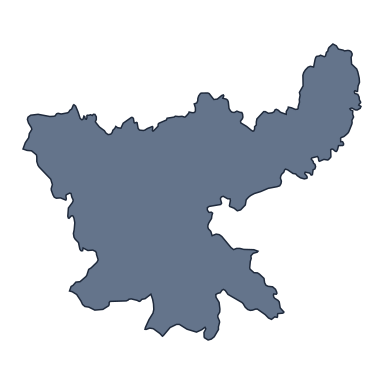 the State of Jharkhand
{"feature_id": "IND-3256", "entity_name": "Jharkhand", "entity_type": "State", "adm_level": 1, "iso_a3": "IND", "parent_name": "India", "parent_adm1": "", "projection": "natural_earth1", "projection_center": [85.779, 23.655], "detail": "fine", "context": "isolated", "style": "filled", "palette": "slate", "viewbox_px": 384, "rotation_deg": 0, "n_neighbors": 0, "source": "natural_earth", "source_scale": "10m", "svg_char_len": 5958}
<svg xmlns="http://www.w3.org/2000/svg" viewBox="0 0 384 384"><path d="M23.0,149.0L25.3,142.7L28.7,137.7L29.3,133.6L31.8,129.4L31.4,127.7L28.5,123.0L27.4,119.4L28.0,117.2L30.7,115.2L38.1,114.3L49.8,116.5L53.8,116.3L55.1,115.9L56.6,113.8L58.1,113.3L61.2,114.0L67.7,112.8L68.9,111.9L69.8,110.3L71.7,109.0L73.2,105.3L73.9,104.7L75.6,106.1L77.9,111.6L80.2,118.5L81.9,119.8L83.0,119.2L83.9,116.1L84.8,116.6L85.2,118.9L86.4,119.2L86.9,117.9L86.9,115.5L87.3,115.2L88.9,115.3L90.6,114.7L92.2,115.5L93.4,114.3L94.9,114.4L96.3,116.8L96.3,119.7L95.4,121.4L95.5,122.1L99.4,127.0L104.4,130.7L105.9,133.0L108.1,134.6L110.7,134.2L112.2,132.5L112.9,130.2L114.7,128.5L115.8,126.4L117.6,127.7L120.9,128.2L123.2,123.2L131.4,117.4L132.5,117.5L133.4,118.4L134.1,122.6L134.7,123.0L136.6,122.4L137.1,122.7L138.1,128.4L139.5,130.1L143.4,130.5L144.9,130.1L147.4,128.5L152.3,126.5L152.7,126.8L152.8,127.4L152.4,130.5L152.9,131.1L153.5,130.9L158.0,126.3L158.2,124.1L159.0,123.2L166.4,120.0L167.1,118.2L174.0,117.1L175.3,116.2L178.8,116.6L182.0,116.3L184.6,117.1L185.3,116.9L187.5,114.6L188.8,113.0L189.1,112.0L192.2,112.7L194.0,112.6L194.9,112.0L195.4,111.0L195.4,107.7L194.2,103.9L196.7,103.0L197.7,100.9L197.9,98.3L198.7,95.9L200.5,93.4L201.5,93.1L207.8,93.0L209.2,93.6L213.8,99.5L217.3,99.1L221.7,95.5L223.3,94.9L223.8,95.8L222.8,98.2L226.4,99.2L227.6,100.2L228.3,101.9L229.0,108.5L230.5,110.9L231.8,112.1L233.3,112.4L234.5,112.4L236.9,111.1L239.8,112.3L241.8,112.5L242.6,114.2L242.9,117.1L242.4,118.7L240.5,121.1L240.8,122.9L246.6,126.4L251.2,130.2L252.8,131.2L253.7,131.0L254.6,129.2L254.6,126.7L256.3,125.0L256.3,121.9L256.9,118.9L263.7,111.6L265.3,111.6L268.4,113.3L272.3,112.8L274.2,111.7L275.0,109.9L276.2,109.3L278.2,110.2L280.5,112.3L286.2,114.3L286.3,111.4L288.1,108.5L288.3,107.1L291.5,107.8L295.3,109.4L297.5,109.2L298.1,108.5L298.2,106.6L299.5,102.2L299.3,99.4L300.1,95.3L299.4,92.4L303.1,85.9L302.9,75.3L303.7,72.6L305.4,69.9L308.0,67.2L310.3,66.3L313.6,67.0L315.1,59.4L315.8,57.3L316.6,56.4L319.2,56.0L320.5,55.2L324.3,56.7L325.5,56.0L326.4,52.4L327.8,51.1L328.2,49.1L329.0,47.5L332.9,44.0L336.3,45.8L338.4,49.1L343.0,50.1L344.5,50.9L347.9,50.4L349.6,50.7L351.1,51.7L352.1,53.7L352.1,55.0L351.1,57.4L351.6,64.1L356.7,69.0L357.8,71.9L359.2,78.1L359.5,82.3L358.1,85.9L357.5,91.4L356.5,91.5L355.2,90.7L354.7,90.9L354.3,91.8L354.8,93.4L357.8,94.4L359.1,97.0L359.4,99.8L360.6,102.0L360.6,102.7L359.0,104.3L358.7,105.1L361.0,106.4L360.1,108.4L357.2,110.0L355.3,109.9L352.2,108.2L351.2,108.1L349.9,108.8L350.6,109.9L352.8,110.9L352.6,114.1L353.6,117.0L351.9,120.3L352.1,122.8L351.8,124.2L348.8,131.7L347.8,133.2L345.7,135.1L343.8,136.6L341.2,137.5L340.6,138.3L340.7,141.7L342.3,141.6L342.8,142.0L343.6,143.7L343.5,144.9L342.7,145.5L338.5,145.6L337.6,149.3L336.8,151.0L336.2,151.5L335.3,151.3L332.8,149.1L331.3,149.2L330.7,149.7L330.9,156.5L330.7,157.3L328.4,159.7L327.6,160.0L323.9,159.4L319.5,161.3L318.8,160.8L318.3,157.7L317.4,156.5L311.9,157.9L311.2,159.0L313.1,161.4L313.5,163.1L315.0,164.4L315.6,166.7L314.9,168.9L313.1,169.8L312.4,174.7L311.2,175.1L309.7,173.1L305.2,172.2L304.7,173.2L304.9,173.9L306.6,175.8L307.2,177.1L306.9,178.3L304.3,178.9L300.4,177.8L297.3,175.7L295.7,173.9L293.0,173.5L287.6,169.8L285.4,169.1L284.5,170.1L283.8,172.2L281.7,174.2L280.8,175.9L280.4,178.1L281.4,181.2L281.0,183.6L279.7,185.8L277.0,186.7L268.3,188.3L260.6,191.6L254.4,193.5L250.8,195.4L248.6,197.1L246.2,199.8L245.3,205.0L240.6,209.9L237.3,210.8L234.1,208.2L229.8,206.5L229.4,205.7L230.4,200.6L230.0,198.8L227.7,198.8L223.3,196.3L221.5,196.8L220.5,198.2L220.5,199.4L221.6,203.2L220.7,204.5L209.2,206.4L207.4,207.6L207.3,209.9L208.6,212.0L209.0,212.4L211.4,212.2L212.6,213.2L211.9,215.4L211.5,218.5L208.8,222.9L208.0,225.0L207.8,227.0L208.4,228.8L210.8,231.4L212.1,235.7L216.1,234.1L219.1,234.6L220.5,235.5L221.9,236.6L231.0,247.6L233.6,249.6L236.6,248.4L239.8,248.4L243.7,249.4L253.9,249.7L258.0,251.2L257.2,252.2L253.2,253.3L250.9,255.8L251.2,258.5L250.3,261.4L249.7,267.9L250.1,269.2L254.0,272.7L257.5,272.9L259.4,274.1L264.0,278.4L264.6,282.7L265.9,285.2L268.0,286.3L272.6,286.8L275.5,289.3L276.7,292.1L276.9,293.4L276.3,294.2L273.7,294.0L273.4,295.1L273.8,297.2L274.7,298.3L278.0,300.4L279.2,301.9L280.2,307.9L283.9,312.0L283.6,312.7L282.5,313.2L277.9,313.6L277.6,314.2L277.5,316.9L277.1,317.4L274.7,316.9L271.5,319.4L268.5,318.0L265.2,314.6L257.4,309.1L255.5,309.1L252.7,310.1L250.3,310.4L247.7,309.5L245.2,307.2L243.1,303.6L242.0,302.5L228.0,294.4L225.2,290.4L223.4,289.4L222.0,290.2L220.2,292.8L217.9,293.3L215.8,294.5L216.0,297.3L219.1,302.4L219.9,309.1L219.7,312.1L217.8,315.4L217.8,317.1L219.4,320.9L219.6,322.2L218.4,326.9L218.5,329.5L214.2,336.8L211.3,339.1L208.1,340.0L204.4,337.7L204.1,336.8L204.0,332.4L205.6,329.4L205.7,328.4L205.0,327.3L201.6,329.8L196.5,332.1L187.0,329.2L179.4,324.4L176.5,324.4L170.1,327.5L163.3,335.6L162.4,336.2L159.9,333.5L153.3,328.7L149.7,328.1L146.2,329.4L145.0,329.3L145.4,327.5L149.0,319.6L153.0,313.1L153.8,309.4L153.5,303.9L152.6,299.2L150.9,294.2L145.1,298.7L141.9,299.3L140.2,301.1L139.2,301.4L137.0,300.3L131.2,298.9L128.8,299.3L128.0,300.2L126.2,300.9L110.1,301.4L109.2,302.4L109.1,304.7L108.6,305.8L102.9,309.4L94.8,310.1L88.8,307.1L84.9,306.5L82.6,304.5L80.9,300.9L76.7,294.5L72.2,291.7L69.5,291.0L71.1,286.5L73.1,285.3L75.9,282.1L80.0,281.7L85.9,276.6L86.8,275.3L88.7,269.4L91.1,267.9L96.8,262.4L98.0,260.3L98.0,259.3L96.5,254.5L96.4,252.8L95.5,251.4L92.8,250.1L87.9,250.5L83.1,248.0L82.6,250.7L81.6,250.9L80.7,250.5L79.8,249.0L78.5,242.6L75.2,239.2L74.0,237.2L73.4,233.5L74.2,229.7L74.8,222.7L74.0,218.3L73.1,216.2L72.3,215.7L71.3,215.9L69.0,218.3L68.3,218.0L67.8,216.2L68.4,208.0L72.3,202.7L73.1,201.0L73.1,199.8L71.8,197.0L71.0,193.5L69.7,193.1L66.3,194.8L65.9,196.0L66.3,199.0L65.8,200.1L60.5,197.9L56.3,198.2L54.3,197.2L53.0,194.9L51.3,190.2L51.2,188.7L52.4,184.6L50.7,179.1L39.2,167.1L38.0,165.3L36.8,161.5L36.8,156.8L36.4,154.8L31.5,150.8L27.0,150.4L23.0,149.0Z" fill="#64748b" stroke="#1e293b" stroke-width="1.5"/></svg>